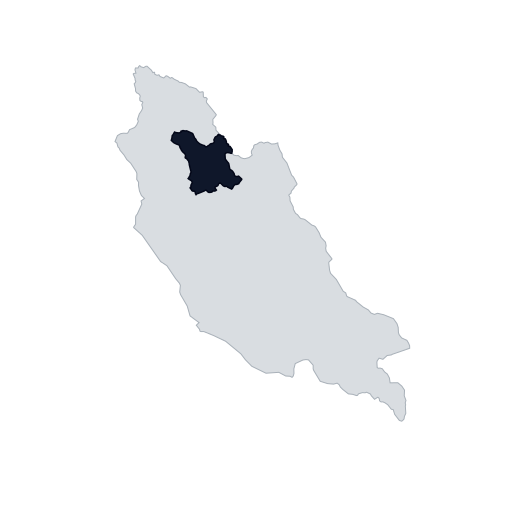 Dzavhan highlighted on a map of Mongolia, rotated 48°
{"feature_id": "MNG-3318", "entity_name": "Dzavhan", "entity_type": "Province", "adm_level": 1, "iso_a3": "MNG", "parent_name": "Mongolia", "parent_adm1": "", "projection": "natural_earth1", "projection_center": [96.384, 48.303], "detail": "fine", "context": "in_parent", "style": "filled", "palette": "ink", "viewbox_px": 512, "rotation_deg": 48, "n_neighbors": 0, "source": "natural_earth", "source_scale": "10m", "svg_char_len": 7632}
<svg xmlns="http://www.w3.org/2000/svg" viewBox="0 0 512 512"><g transform="rotate(48 256 256)"><path d="M36.7,215.0L38.4,214.9L40.9,213.4L41.2,211.2L42.0,210.0L48.0,209.4L50.7,210.0L51.2,208.7L51.7,208.5L53.1,209.6L54.5,209.1L55.5,208.6L56.4,206.9L58.4,207.2L62.0,205.4L61.9,202.2L63.3,201.4L66.5,200.8L66.9,199.3L67.6,198.9L69.9,198.5L73.9,196.8L75.7,196.7L77.2,195.2L80.8,193.3L86.1,192.4L86.5,191.5L91.4,188.6L96.6,188.4L98.1,185.9L98.9,185.6L102.5,188.6L104.0,188.3L104.6,187.1L106.7,187.1L107.6,189.2L108.9,190.1L124.3,190.9L124.8,191.7L125.6,196.7L128.5,199.0L129.1,200.1L133.4,199.7L135.8,201.6L139.5,201.5L141.4,202.0L145.0,200.3L145.8,200.3L147.0,201.2L148.7,200.5L152.1,202.2L154.7,201.9L155.9,202.6L157.4,202.0L161.1,202.5L164.2,205.1L166.2,205.0L168.6,203.2L169.3,202.0L172.9,201.4L174.9,200.3L176.2,199.2L178.2,195.3L178.5,191.3L176.7,190.7L175.1,189.4L174.2,187.3L174.1,185.8L172.4,183.5L172.5,182.4L173.5,180.4L173.9,177.3L175.1,175.6L177.6,174.6L177.8,173.4L179.3,171.0L183.1,169.6L185.3,166.9L186.5,164.1L188.4,165.5L193.4,167.5L197.5,168.3L200.3,170.3L207.6,170.8L219.9,175.5L222.4,175.3L229.7,177.2L230.3,177.9L230.4,181.4L231.0,182.4L231.4,186.2L232.8,188.1L232.5,190.4L233.1,191.1L234.9,191.4L237.9,193.8L244.4,195.5L246.3,197.0L250.8,198.1L253.1,197.5L256.8,197.8L258.2,197.6L260.5,195.8L261.9,195.2L270.4,193.8L272.6,192.6L274.2,192.3L280.9,193.5L285.6,195.2L292.2,195.1L295.4,197.1L296.8,199.0L299.5,200.7L308.8,201.4L309.2,201.8L309.3,205.8L309.7,206.5L315.9,210.9L318.8,212.2L327.2,212.0L340.5,214.8L343.5,214.0L346.4,215.4L347.4,215.3L355.7,211.6L357.0,211.9L365.7,210.5L371.2,208.6L375.4,208.7L378.6,207.1L379.9,204.0L385.1,200.4L394.5,195.8L400.6,196.5L404.2,198.1L408.2,201.4L410.3,202.3L414.3,202.6L419.7,200.3L422.7,200.9L425.5,201.9L427.4,203.5L420.2,220.6L420.1,221.6L417.7,225.1L417.7,230.8L414.3,232.9L415.0,236.1L415.9,237.3L420.0,240.6L421.3,240.2L422.3,238.8L424.3,237.6L428.2,238.0L431.6,237.4L435.9,238.5L440.0,241.2L445.1,235.4L450.3,234.7L455.1,235.4L459.1,239.4L463.7,241.2L465.0,243.4L466.8,244.4L467.4,245.4L473.2,250.0L474.5,253.0L476.2,255.1L476.4,257.3L476.2,258.3L474.1,259.5L466.5,258.9L461.9,256.8L460.4,258.0L454.6,257.6L451.4,258.4L449.3,259.3L448.1,260.7L447.1,261.0L446.2,261.0L444.4,259.8L442.9,259.8L442.4,260.1L441.8,263.8L436.9,263.8L435.2,263.3L431.2,265.0L430.7,266.4L428.7,268.4L427.0,272.1L427.5,273.7L427.0,274.7L423.5,276.7L420.3,279.6L413.2,280.8L409.8,281.0L407.3,280.3L404.8,280.8L403.1,284.1L398.7,288.2L392.1,292.1L379.7,289.7L378.2,289.1L375.4,286.6L368.3,286.5L366.4,288.2L364.7,290.7L362.2,298.8L365.2,303.4L368.7,306.4L370.1,308.6L370.3,310.4L368.1,311.2L365.1,314.2L357.7,316.9L349.8,327.0L335.2,332.9L326.0,333.3L318.7,332.7L299.1,335.6L286.6,340.8L277.3,345.3L275.3,347.5L274.4,347.9L272.6,347.0L267.5,346.7L267.4,342.9L256.4,345.1L247.2,340.6L234.3,337.9L231.7,336.8L227.2,331.8L224.8,331.1L219.2,330.9L203.6,328.7L196.3,330.6L164.5,326.7L153.0,327.9L152.6,327.4L151.8,324.2L146.4,319.3L145.7,318.1L145.4,316.2L141.0,306.1L138.2,304.6L138.6,300.4L134.4,300.7L129.7,299.1L124.9,296.1L122.6,293.9L119.3,293.4L115.1,289.4L113.2,288.6L103.1,287.0L98.0,287.5L92.6,286.5L86.4,286.3L84.4,285.5L82.6,285.6L79.0,283.8L76.6,284.2L73.8,278.4L74.5,274.8L75.8,272.7L78.7,269.5L78.6,268.3L77.5,265.4L79.3,260.2L78.8,257.0L77.2,253.4L75.1,252.5L72.3,247.6L71.4,243.8L70.2,241.2L67.1,239.6L66.1,237.3L65.2,237.1L64.5,237.9L62.7,238.2L60.8,236.7L59.8,235.1L58.7,234.7L56.7,234.7L54.8,235.5L52.8,235.1L51.1,233.6L46.5,231.3L46.4,229.6L45.8,228.5L44.4,228.1L43.0,227.0L38.6,225.5L38.5,224.7L39.8,222.9L36.7,221.4L35.6,219.8L37.4,217.8L36.7,216.4L36.7,215.0Z" fill="#d9dde1" stroke="#a8b0b8" stroke-width="1"/><path d="M145.5,200.2L146.0,200.2L146.4,200.6L146.5,201.1L146.8,201.5L147.1,201.6L147.5,201.3L147.6,201.1L147.8,200.9L148.0,200.8L148.2,200.6L148.4,200.5L148.6,200.5L148.8,200.6L149.0,200.6L151.0,201.4L151.6,201.8L152.2,202.3L152.5,202.4L152.9,202.5L153.2,202.4L153.9,202.0L154.2,201.9L154.6,201.8L154.9,202.0L155.1,202.2L155.3,202.6L155.5,202.9L155.7,203.0L156.0,202.9L156.3,202.7L157.0,202.1L157.3,202.0L160.9,202.5L161.4,202.8L161.9,203.6L162.1,203.7L162.5,203.9L162.5,204.1L162.6,204.3L162.8,204.6L163.3,205.2L163.4,205.4L163.2,205.6L162.9,205.9L161.7,206.6L160.7,207.4L160.0,208.1L159.8,208.3L159.6,208.7L159.5,209.0L159.4,209.5L159.4,209.9L159.4,210.2L159.6,210.9L160.0,211.3L162.8,213.5L163.5,213.9L164.6,214.1L167.2,214.3L168.6,214.3L169.4,214.6L173.5,217.1L173.8,217.3L174.5,217.3L175.3,217.1L175.8,216.9L176.1,216.8L177.5,216.7L179.4,217.0L180.3,217.2L180.8,217.5L181.4,217.9L181.7,218.0L182.0,218.1L182.5,218.0L182.9,218.0L183.7,217.5L184.4,216.7L185.0,215.5L189.2,215.1L189.5,215.3L189.6,215.5L189.7,215.9L190.0,218.0L190.2,219.1L190.5,220.0L190.7,220.3L190.7,220.5L190.4,221.3L190.2,221.8L190.0,222.3L189.0,223.6L188.9,223.8L188.9,224.1L188.8,224.5L188.9,225.0L189.0,225.7L189.9,228.1L190.0,229.3L185.8,231.0L185.0,231.0L184.6,231.2L184.2,231.6L183.7,232.4L183.3,232.8L182.7,233.1L181.7,233.4L178.8,233.5L178.4,233.6L178.1,233.7L177.8,234.0L177.6,234.2L177.3,235.1L177.4,235.6L177.9,236.6L178.1,237.2L178.1,237.7L178.0,238.1L177.5,239.7L177.4,240.1L177.5,240.4L177.7,240.7L178.1,240.9L178.5,241.1L180.5,241.3L180.5,241.5L180.5,242.2L180.4,242.5L180.2,242.9L180.0,243.3L179.6,243.8L179.0,244.4L178.8,244.7L178.8,245.1L178.9,245.4L179.0,245.8L178.8,246.3L178.4,247.0L177.3,248.4L176.5,248.8L175.6,248.9L174.4,248.9L173.9,249.0L173.5,249.2L173.3,249.6L173.2,250.0L173.1,250.6L173.0,251.1L170.9,256.9L170.3,258.2L170.2,258.5L170.3,259.5L169.2,259.3L168.2,258.7L167.5,258.3L166.9,258.3L166.7,258.4L166.5,258.5L166.3,258.8L166.2,258.9L165.5,259.5L165.0,259.8L164.8,259.8L164.4,259.8L164.1,259.8L163.8,259.6L163.6,259.6L162.0,259.5L161.3,259.4L161.2,259.3L161.1,259.0L161.2,258.4L161.1,258.1L160.1,257.2L159.7,256.6L159.4,256.0L159.3,255.6L159.2,254.5L158.0,254.0L157.6,253.7L157.1,253.6L153.5,254.6L153.0,254.6L152.9,253.6L152.7,253.2L152.4,252.4L152.1,251.2L151.8,250.8L151.0,249.9L150.7,249.2L150.4,248.4L150.2,248.1L149.9,247.8L149.4,247.6L149.2,247.6L148.9,247.4L143.9,244.7L143.0,244.1L142.1,243.4L141.5,243.2L141.1,243.0L140.5,242.6L137.0,242.4L136.6,242.6L136.0,242.9L135.6,242.8L135.3,242.6L135.2,242.5L135.0,242.3L134.8,241.9L134.6,241.6L134.3,241.2L134.0,241.0L133.6,240.8L132.5,240.5L132.1,240.5L131.6,240.5L131.0,240.7L130.8,240.7L129.2,240.8L127.4,240.6L125.8,240.1L124.8,240.0L124.7,240.0L124.5,239.9L124.1,239.6L123.7,239.4L123.1,239.2L122.4,239.0L121.9,239.0L121.5,239.1L120.2,239.9L118.4,240.7L116.7,241.3L113.4,241.6L112.2,239.7L110.6,237.8L110.4,237.5L110.4,237.0L110.4,236.5L110.2,235.9L109.9,235.2L109.4,233.6L110.4,233.1L111.1,232.6L112.8,231.1L113.2,230.5L113.4,230.2L113.5,230.0L113.5,229.9L113.5,229.6L113.5,229.4L113.6,229.1L113.7,228.9L113.7,228.7L113.1,228.3L113.9,226.4L114.7,225.7L115.2,225.4L115.7,225.0L116.3,224.1L116.7,223.7L122.4,221.2L122.9,221.2L126.8,222.5L127.4,222.7L129.0,222.6L129.4,222.7L130.0,223.0L131.4,223.2L133.7,223.0L135.5,222.6L137.1,221.8L138.1,221.4L139.1,220.6L139.7,220.4L140.9,220.4L141.3,220.3L141.8,219.4L142.0,218.8L142.0,218.6L142.0,218.0L142.0,217.7L142.1,217.3L142.3,216.9L142.4,216.5L142.3,216.0L142.2,215.5L142.2,214.9L142.4,214.4L143.5,212.5L143.6,211.5L143.5,211.0L143.3,210.7L143.1,210.4L142.7,210.2L141.9,209.8L141.5,209.5L141.3,209.2L141.2,209.0L141.0,208.3L140.9,208.0L140.5,207.3L140.4,206.8L140.4,206.3L140.5,205.9L140.8,205.3L140.8,205.2L140.8,204.9L140.7,203.9L140.5,203.2L140.5,202.6L140.8,202.3L141.1,202.5L141.3,202.4L141.6,202.2L141.9,201.8L142.2,201.6L143.5,201.4L144.1,201.2L144.6,200.6L145.0,200.3L145.5,200.2Z" fill="#0f172a" stroke="#020617" stroke-width="1.5"/></g></svg>